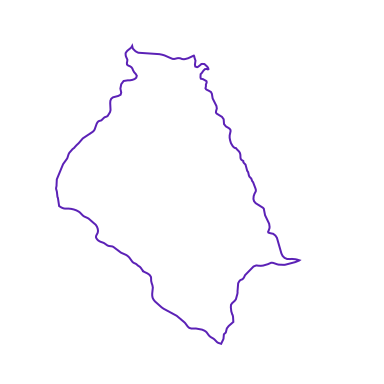 outline of Corrientes, rotated 298°
{"feature_id": "ARG-1308", "entity_name": "Corrientes", "entity_type": "Province", "adm_level": 1, "iso_a3": "ARG", "parent_name": "Argentina", "parent_adm1": "", "projection": "natural_earth1", "projection_center": [-57.567, -29.002], "detail": "fine", "context": "isolated", "style": "outline", "palette": "violet", "viewbox_px": 384, "rotation_deg": 298, "n_neighbors": 0, "source": "natural_earth", "source_scale": "10m", "svg_char_len": 4434}
<svg xmlns="http://www.w3.org/2000/svg" viewBox="0 0 384 384"><g transform="rotate(298 192 192)"><path d="M156.1,65.1L162.7,66.0L163.6,66.0L167.3,65.3L169.2,65.3L170.3,65.6L173.8,66.4L175.7,67.3L176.5,67.4L179.2,68.1L181.8,69.0L188.0,70.4L188.6,70.7L198.4,76.0L199.4,76.4L199.8,76.5L201.3,76.7L207.4,75.8L209.0,75.8L210.5,76.2L211.0,76.6L212.0,77.6L212.4,78.1L213.1,78.5L213.6,78.6L216.4,79.5L217.0,79.8L218.6,81.3L219.2,81.6L219.8,81.9L221.2,81.9L221.7,82.0L224.1,82.1L226.1,81.6L232.0,78.1L234.2,77.1L236.4,76.9L238.5,77.8L242.2,81.8L244.4,83.3L246.6,82.8L249.7,80.2L252.4,79.4L253.9,78.9L257.9,79.5L260.4,82.8L261.5,84.8L263.0,86.7L264.8,88.3L266.7,89.1L268.7,88.7L269.8,86.9L270.6,84.7L271.8,82.8L273.0,81.4L273.7,80.0L273.9,78.3L273.7,76.3L274.0,74.8L275.4,73.9L277.1,73.4L278.5,72.8L280.7,70.0L281.8,69.1L283.4,68.2L284.9,68.3L286.4,68.6L290.4,70.3L291.8,70.6L292.9,70.6L291.3,72.0L291.0,72.4L290.8,72.6L290.0,75.1L289.8,75.9L289.7,76.8L289.7,78.5L289.8,79.3L298.4,98.5L299.2,101.2L299.7,103.6L300.1,108.9L300.4,112.3L300.8,113.2L301.3,114.1L303.2,116.2L303.8,117.1L304.3,118.2L304.6,119.1L304.7,120.5L304.9,121.2L305.2,122.0L305.7,122.9L306.5,123.9L308.3,125.8L313.1,129.4L313.3,129.6L313.2,129.8L312.7,130.4L312.1,130.8L309.6,133.4L305.8,134.8L304.3,136.0L304.6,137.9L305.3,138.5L307.7,139.6L308.5,139.9L309.4,140.2L310.0,141.1L310.8,142.9L309.9,146.3L309.5,147.3L308.9,148.2L308.2,148.8L307.7,148.5L307.5,147.1L306.5,145.7L304.3,145.1L301.8,144.8L300.1,144.3L297.3,145.6L296.2,146.6L296.6,148.1L296.8,148.7L296.7,152.1L296.7,152.6L296.4,153.0L295.9,153.3L295.4,153.6L293.5,153.8L291.8,154.7L289.9,155.2L289.3,156.2L289.2,157.5L289.3,158.9L289.2,161.7L288.1,163.4L284.3,166.3L279.4,173.2L277.4,174.7L274.6,175.3L273.3,175.9L272.8,177.0L272.4,183.2L271.1,185.8L267.0,188.4L265.8,191.2L265.7,194.2L265.5,195.6L264.8,196.9L263.8,197.5L259.6,198.7L257.5,199.8L255.4,201.5L253.4,203.5L251.8,206.1L251.4,207.0L251.1,208.1L251.0,209.1L251.4,210.1L250.8,211.5L249.8,214.6L249.1,215.8L248.1,216.8L247.3,217.4L245.2,218.6L244.7,219.0L244.2,219.4L243.9,219.9L243.6,220.6L243.5,221.3L243.5,222.1L243.4,222.8L242.4,223.4L242.0,224.2L241.7,225.1L241.5,225.8L241.3,226.4L236.6,230.8L236.2,231.8L235.7,232.4L233.3,234.5L232.5,235.5L231.7,238.0L229.9,240.0L229.6,240.8L229.2,241.5L224.8,246.5L223.7,247.5L222.5,248.0L219.8,248.0L217.3,248.4L214.7,249.5L213.0,251.1L212.0,253.5L211.4,262.0L211.0,263.2L205.8,267.4L200.2,275.0L197.6,276.9L196.4,277.4L193.9,277.8L192.5,277.9L192.0,278.6L192.3,280.2L193.2,283.3L192.7,286.1L191.4,288.5L179.7,299.8L178.1,302.0L177.3,304.6L177.5,307.4L178.9,310.2L179.8,311.6L181.1,314.7L181.6,316.3L182.1,318.9L181.7,318.7L178.5,316.0L171.5,308.4L170.9,307.5L168.5,302.5L168.1,300.8L167.6,297.5L167.4,296.6L166.7,295.1L163.9,292.9L160.4,289.3L159.2,287.5L158.3,285.7L157.7,284.2L157.6,283.7L157.0,282.9L155.1,281.3L143.5,277.9L140.8,278.0L139.5,277.8L138.8,277.5L138.5,277.4L137.1,276.2L136.5,275.9L135.6,275.7L134.8,275.6L133.1,275.6L125.5,278.9L124.5,279.5L123.3,279.9L118.4,281.0L117.8,281.1L116.0,280.8L112.6,279.6L110.7,279.4L109.8,279.8L108.3,280.5L105.1,282.7L102.8,285.0L102.4,285.7L101.1,286.8L96.7,289.5L90.9,287.3L87.9,286.8L83.8,287.8L83.4,287.7L81.8,287.1L81.5,287.0L81.3,287.0L81.0,287.1L77.2,288.7L76.4,288.8L71.6,289.0L71.1,285.9L71.2,284.6L72.4,280.9L72.6,279.6L72.7,276.8L72.9,275.5L73.3,274.2L75.0,270.7L75.3,269.4L75.4,268.1L75.2,265.5L73.3,259.5L71.2,255.7L70.7,253.4L71.2,251.4L73.1,247.4L73.4,246.4L75.5,236.6L75.6,221.7L75.9,219.3L78.0,210.7L78.9,208.6L80.1,206.9L81.7,205.6L83.5,204.6L89.2,202.3L91.0,200.9L92.6,199.2L94.3,197.7L97.1,196.1L97.9,195.4L98.9,193.4L99.2,191.0L99.0,186.1L99.3,186.1L99.8,184.7L101.1,182.2L101.5,180.9L101.6,179.1L102.2,176.6L102.2,175.9L102.2,175.2L102.1,174.6L102.1,173.4L102.4,172.1L104.7,167.4L105.1,166.1L105.4,164.7L105.5,163.3L105.1,157.8L106.6,148.3L106.5,147.1L105.3,143.9L105.1,142.5L105.6,138.4L105.5,137.1L105.1,134.5L105.1,133.1L105.2,131.9L105.6,130.6L106.2,129.4L106.9,128.5L108.0,128.0L109.2,127.9L111.6,127.9L113.5,127.3L115.3,126.0L116.8,124.3L117.9,122.3L118.6,119.1L120.0,113.1L120.0,111.7L119.8,108.9L119.8,107.6L120.1,106.3L121.3,102.6L121.5,101.2L121.5,98.6L121.1,95.9L120.4,93.3L119.4,90.8L117.7,87.6L117.3,86.5L117.1,85.2L117.0,83.9L117.2,81.3L117.6,81.0L123.8,76.4L124.2,75.9L124.5,75.5L128.9,72.5L131.0,70.5L131.8,70.1L133.5,69.6L134.1,69.4L134.4,69.2L139.7,66.7L156.1,65.1Z" fill="none" stroke="#5b21b6" stroke-width="2"/></g></svg>